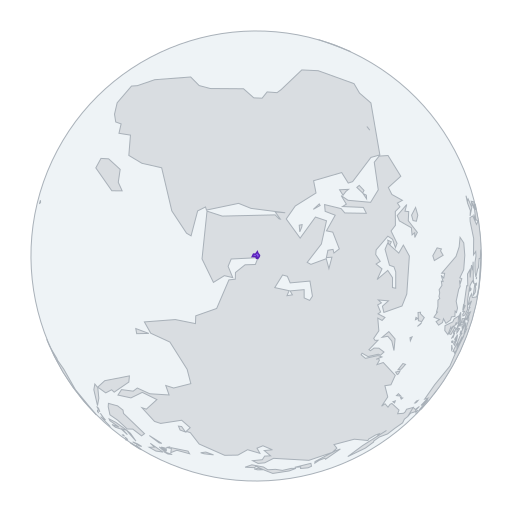 globe centered on Kuwait, rotated 118°
{"feature_id": "KWT", "entity_name": "Kuwait", "entity_type": "country or territory", "adm_level": 0, "iso_a3": "KWT", "parent_name": "Asia", "parent_adm1": "", "projection": "orthographic", "projection_center": [47.815, 29.315], "detail": "fine", "context": "on_globe", "style": "filled", "palette": "violet", "viewbox_px": 512, "rotation_deg": 118, "n_neighbors": 0, "source": "natural_earth", "source_scale": "50m", "svg_char_len": 11243}
<svg xmlns="http://www.w3.org/2000/svg" viewBox="0 0 512 512"><g transform="rotate(118 256 256)"><circle cx="256" cy="256" r="225" fill="#eef3f6" stroke="#a8b0b8"/><path d="M277.3,31.7L284.2,32.5L294.1,34.0L294.5,34.0L290.2,33.5L301.1,35.3L306.7,36.5L304.9,36.1L314.2,38.4L312.9,38.3L316.7,39.6L314.3,39.4L303.7,37.0L301.9,37.0L308.6,38.8L310.5,40.2L300.9,37.5L303.2,39.9L285.7,37.8L262.1,33.1L250.7,34.1L221.7,35.7L222.6,36.4L212.2,38.3L209.4,39.9L204.8,40.4L206.5,41.5L211.2,40.8L213.5,41.2L212.3,42.3L206.3,42.8L206.0,42.4L203.6,43.1L201.1,43.0L201.6,43.7L194.4,44.6L199.6,45.5L192.3,47.8L188.1,47.9L191.1,45.5L188.6,42.1L185.3,42.6L177.5,45.1L157.5,54.2L152.7,56.2L144.4,60.6L145.8,60.2L152.8,56.8L153.4,57.8L162.0,54.1L163.5,54.2L171.3,52.0L167.3,55.1L159.2,59.5L152.6,61.8L148.9,64.1L152.9,64.5L138.4,72.0L125.0,83.1L121.6,85.1L118.9,83.4L124.6,76.1L121.1,76.3L120.5,79.2L111.8,85.2L109.2,87.7L108.0,89.6L110.2,88.7L106.6,91.7L105.9,89.2L109.1,86.4L109.3,87.0L111.9,83.9L111.4,83.4L107.0,87.1L107.9,86.2L120.9,75.7L134.5,66.3L148.9,57.8L163.8,50.5L179.2,44.2L195.0,39.1L211.1,35.2L227.5,32.5L244.1,31.0L260.7,30.8L277.3,31.7ZM31.1,268.4L31.2,270.1L33.4,288.0L35.2,300.1L35.6,302.4L32.7,285.5L31.1,268.4ZM317.6,39.8L319.5,40.3L320.6,40.8L317.6,39.8ZM172.9,50.5L172.1,51.2L171.1,51.3L172.9,50.5ZM177.0,49.0L176.5,48.6L178.3,47.8L178.7,48.1L177.0,49.0ZM318.1,41.2L319.4,42.2L316.2,40.7L318.1,41.2ZM177.3,49.9L181.7,46.6L185.1,45.4L189.1,45.6L177.3,49.9ZM318.9,42.5L322.2,45.7L326.6,46.7L315.9,46.1L316.7,43.3L312.1,41.1L316.6,42.4L318.9,42.5ZM213.2,40.2L208.2,40.9L213.5,39.4L213.2,40.2ZM216.1,39.2L229.3,35.0L236.2,34.9L230.4,36.1L240.2,35.6L237.1,37.6L231.0,38.3L227.2,37.8L228.9,39.0L216.1,39.2ZM309.5,45.5L308.7,46.2L307.5,45.1L309.5,45.5ZM214.9,41.3L216.9,40.3L223.0,40.0L220.0,42.1L219.0,41.5L214.9,41.3ZM244.4,34.7L248.4,35.2L246.9,36.8L248.3,37.3L237.6,37.6L244.4,34.7ZM217.0,42.1L218.4,43.2L214.4,44.4L213.3,42.3L217.0,42.1ZM225.9,39.2L228.6,39.3L226.1,39.9L225.9,39.2ZM200.9,50.1L203.2,48.5L206.6,48.1L200.9,50.1ZM219.1,43.5L220.5,43.1L222.1,42.9L222.1,44.0L219.1,43.5ZM237.3,38.9L235.9,39.6L241.6,38.8L240.8,40.3L233.8,40.4L236.5,41.0L236.2,41.5L230.8,41.1L237.3,38.9ZM227.0,44.5L217.8,45.7L212.8,48.5L209.6,48.8L218.3,44.2L227.0,44.5ZM229.7,42.5L227.3,43.7L224.6,43.2L224.6,42.1L229.7,42.5ZM242.7,41.4L245.8,39.1L247.2,39.2L242.7,41.4ZM226.0,45.4L228.3,45.1L226.0,45.6L226.0,45.4ZM238.2,42.6L239.1,41.7L240.7,41.8L238.2,42.6ZM232.0,45.5L229.0,45.8L228.9,44.9L232.0,45.5ZM235.3,44.3L237.2,44.7L230.6,44.4L235.4,43.8L235.3,44.3ZM239.6,42.9L240.8,42.7L238.9,43.3L239.6,42.9ZM234.1,49.0L225.8,48.9L225.6,46.8L233.7,47.1L234.1,49.0ZM63.2,288.1L57.8,250.4L63.6,241.0L66.9,226.4L108.6,194.1L115.0,200.8L145.0,205.6L148.3,208.8L142.1,219.5L162.5,240.5L172.2,232.6L193.4,244.8L209.1,246.7L219.5,225.4L193.7,221.8L191.8,210.3L214.7,203.9L237.6,207.8L237.6,203.6L225.4,192.7L232.9,185.7L221.4,188.4L224.4,193.1L217.2,195.2L214.0,191.1L216.8,188.6L210.6,185.8L198.9,199.4L200.7,205.6L182.8,205.2L184.1,215.9L178.4,219.6L174.2,203.1L176.3,197.8L166.5,178.6L162.7,184.0L171.7,202.8L167.8,200.6L162.7,209.1L163.6,200.9L154.8,180.0L140.2,179.1L117.7,195.6L110.0,194.2L105.3,186.6L117.6,165.6L133.4,171.3L137.9,164.9L138.1,152.9L142.9,156.0L145.0,152.0L151.3,153.9L163.5,147.3L170.5,148.5L178.6,137.4L183.2,136.8L177.1,143.3L176.6,148.9L194.2,152.8L198.5,151.0L202.4,143.8L206.7,146.2L208.2,138.7L219.9,138.0L206.9,132.9L211.0,125.3L219.8,120.7L218.9,117.5L204.5,125.1L200.8,129.1L201.5,133.8L189.5,145.2L182.8,145.8L186.4,131.3L177.2,131.0L184.0,120.6L218.8,105.0L231.6,103.6L245.8,116.6L241.0,120.8L233.4,118.0L237.4,127.4L238.5,123.3L242.1,125.6L247.0,119.7L249.8,121.1L249.7,113.3L253.7,114.4L253.7,119.3L264.4,112.4L273.5,113.4L274.6,111.3L273.1,108.7L285.7,112.3L285.9,110.5L281.9,108.6L279.7,104.2L280.7,97.9L285.1,99.5L285.3,101.9L292.2,109.9L292.0,116.7L293.9,116.8L295.0,111.3L286.6,101.5L286.0,97.4L290.8,101.4L289.0,99.6L290.1,98.1L295.1,98.2L290.3,93.6L296.0,77.0L306.4,76.4L310.0,81.3L318.6,73.5L329.7,74.6L325.9,72.7L327.5,68.5L324.0,68.0L322.4,66.8L324.9,57.4L328.8,56.9L325.6,51.9L323.7,51.1L320.6,51.1L315.9,46.1L326.6,46.7L330.4,48.4L334.5,48.2L342.7,52.4L351.3,56.3L357.9,62.1L364.1,65.2L365.0,64.8L374.2,69.2L390.0,80.8L373.4,72.9L348.8,58.9L358.5,64.4L355.1,63.8L357.9,66.4L364.8,70.6L366.4,70.6L371.6,83.2L385.9,98.6L387.7,94.4L393.7,96.5L411.6,113.4L426.4,145.5L434.5,151.2L438.2,156.8L438.3,162.9L432.9,154.8L428.6,154.4L425.6,149.3L423.9,157.4L419.4,150.5L420.3,160.8L425.2,164.9L428.4,159.9L431.0,172.5L440.3,178.5L446.7,190.1L448.7,217.9L442.8,231.0L443.6,235.3L438.5,233.5L435.9,244.5L448.6,261.6L449.7,268.0L443.5,285.5L442.7,280.9L429.3,276.1L429.8,292.4L440.0,299.8L443.6,312.6L437.1,312.0L433.0,301.0L428.3,298.8L427.5,285.1L419.5,267.5L412.7,274.9L411.2,266.7L399.3,253.6L388.4,263.6L372.4,291.6L373.6,312.7L366.6,323.6L350.0,297.4L344.1,277.7L337.1,281.1L320.8,266.1L289.8,268.7L286.2,263.4L280.2,266.4L268.9,261.5L263.8,252.6L256.5,253.4L270.3,276.5L278.2,275.8L286.0,266.4L288.2,274.7L299.3,281.2L283.9,302.3L239.4,320.3L236.6,304.5L210.7,258.4L212.3,253.4L212.3,252.8L212.0,251.8L208.1,259.7L204.1,250.5L216.3,282.8L217.7,296.1L238.7,321.3L236.4,323.6L243.6,328.7L268.7,322.8L268.5,328.0L255.7,351.5L222.4,380.7L227.7,400.2L226.9,415.5L208.2,423.6L212.0,434.6L202.7,437.1L203.5,442.8L197.2,447.5L185.9,450.5L164.4,445.7L161.3,440.7L147.9,428.2L128.6,397.7L132.2,386.2L129.6,375.0L114.2,345.5L117.4,332.2L113.8,324.7L105.9,323.2L101.9,314.1L97.3,311.9L70.2,302.9L63.2,288.1ZM91.5,214.6L89.7,218.7L89.6,218.8L91.5,214.6ZM260.3,223.6L275.1,224.6L271.1,210.5L276.5,210.0L273.2,205.6L270.8,209.5L263.1,197.7L270.4,193.8L270.0,187.8L265.0,187.3L252.8,196.6L263.7,213.2L259.2,218.8L260.3,223.6ZM111.9,85.3L111.8,85.6L110.0,87.9L109.5,87.7L111.9,85.3ZM109.8,94.2L104.2,98.9L107.9,95.1L106.1,95.4L111.7,88.3L120.1,85.8L115.3,88.0L109.8,94.2ZM121.6,79.1L117.1,83.3L121.7,78.8L121.6,79.1ZM150.0,130.7L151.0,134.0L146.9,137.8L138.2,137.9L144.0,132.3L150.0,130.7ZM153.4,138.1L159.4,124.6L165.1,124.5L160.9,126.8L164.1,128.1L158.1,132.1L157.7,145.9L154.0,150.3L139.8,147.1L146.5,145.5L145.1,142.0L153.4,138.1ZM164.8,95.5L167.5,91.1L176.3,96.4L172.8,100.0L163.8,99.9L162.7,95.6L164.8,95.5ZM183.6,51.5L184.0,50.6L185.7,50.3L186.7,50.9L183.6,51.5ZM201.7,49.3L183.3,56.0L182.9,55.0L172.6,60.8L167.6,60.7L174.4,56.8L162.8,61.5L166.9,58.0L159.1,61.6L174.9,53.0L178.1,50.5L176.4,53.2L181.0,53.2L184.0,52.5L194.8,48.8L204.0,44.1L210.0,43.9L211.8,45.1L210.5,46.1L207.0,45.8L207.8,47.5L201.7,47.9L201.7,49.3ZM229.4,66.2L225.9,64.1L226.5,70.2L220.4,69.5L220.8,70.3L215.4,71.6L209.6,74.6L207.2,73.8L205.9,75.4L202.3,76.5L199.8,78.5L194.7,78.0L191.2,80.5L190.7,78.8L186.1,83.4L187.3,79.9L182.7,81.3L184.0,84.0L162.5,79.2L152.6,80.9L143.7,84.6L146.9,78.7L157.3,72.0L170.5,66.2L179.6,65.8L179.4,63.6L183.7,62.8L182.0,64.9L187.1,61.4L190.2,61.4L202.0,58.0L207.4,53.6L211.8,52.5L211.2,54.3L216.0,52.0L218.0,54.8L221.2,54.2L226.3,56.7L223.4,61.0L227.2,60.1L231.3,62.3L229.4,66.2ZM235.3,49.7L233.2,54.3L228.8,56.4L221.7,51.3L218.5,51.5L213.8,48.9L220.3,46.1L221.0,47.0L223.2,47.3L220.3,48.0L224.3,47.7L225.5,49.1L228.9,49.3L227.3,50.6L235.3,49.7ZM153.7,205.6L156.6,206.9L161.5,207.7L158.3,213.3L153.7,205.6ZM147.4,191.4L150.3,191.4L148.1,199.2L145.2,198.0L147.4,191.4ZM153.6,185.2L150.6,190.8L150.5,187.1L153.6,185.2ZM179.9,143.2L183.2,143.0L182.8,144.9L180.2,147.1L179.9,143.2ZM229.8,86.4L228.4,84.3L229.8,83.7L231.4,78.5L236.1,78.9L236.9,82.2L229.8,86.4ZM214.1,228.7L208.5,232.3L206.6,230.0L208.9,229.2L214.1,228.7ZM181.3,223.1L187.9,227.3L180.3,224.6L181.3,223.1ZM235.1,85.9L235.2,83.7L237.4,85.3L235.1,85.9ZM239.5,79.0L242.4,80.4L236.8,78.4L239.5,79.0ZM309.7,471.4L311.7,471.7L308.0,472.5L309.7,471.4ZM266.1,413.9L253.4,438.8L242.6,438.7L239.4,431.7L243.3,416.6L255.6,412.2L261.3,404.8L266.1,413.9ZM466.2,323.8L468.1,321.8L467.9,322.8L466.2,323.8ZM464.4,323.5L466.9,320.7L463.6,326.0L464.4,323.5ZM467.9,319.6L470.4,314.6L471.5,311.8L471.1,313.9L467.9,319.6ZM462.5,325.7L450.2,336.4L444.7,338.2L446.5,333.9L455.4,328.0L462.5,325.7ZM446.1,334.2L437.1,331.0L421.3,311.5L427.0,309.1L442.8,317.3L441.9,320.7L447.4,324.4L446.1,334.2ZM465.9,301.1L464.8,310.4L458.5,315.7L455.4,317.1L453.3,307.8L454.5,301.1L457.2,299.1L465.2,271.0L468.5,272.6L466.7,283.5L469.2,288.5L465.9,301.1ZM374.7,314.3L380.6,324.9L376.5,328.1L374.7,314.3ZM466.5,253.8L464.6,265.9L465.7,251.2L466.5,253.8ZM465.9,241.1L467.1,245.2L465.0,242.5L465.9,241.1ZM445.3,241.3L442.6,244.6L441.5,241.6L444.5,235.6L445.3,241.3ZM451.5,200.1L455.0,209.0L455.7,212.5L452.7,208.3L451.5,200.1ZM274.7,89.8L267.3,96.2L265.0,101.9L268.6,106.5L260.4,103.2L263.9,94.3L274.7,89.8ZM293.0,78.2L289.8,74.9L293.2,74.9L294.4,75.7L293.0,78.2ZM289.6,77.2L282.0,75.8L281.5,73.1L287.7,74.6L289.6,77.2ZM258.4,79.9L255.8,81.7L254.1,80.2L258.4,79.9ZM428.0,401.5L427.8,401.7L432.7,395.7L440.1,383.5L441.1,382.6L446.1,372.7L458.9,352.5L469.5,326.8L471.3,322.4L465.2,339.5L457.8,356.1L449.1,372.0L439.1,387.2L428.0,401.5ZM470.8,317.8L474.1,307.2L475.1,304.5L470.8,317.8ZM480.3,277.1L479.9,279.4L479.8,276.8L480.5,271.5L479.4,273.2L480.8,266.0L480.7,272.1L481.0,267.9L480.3,277.1ZM479.4,285.2L479.5,284.1L479.6,283.8L479.4,285.2ZM476.9,287.4L476.7,289.9L476.2,289.5L476.9,287.4ZM477.8,284.3L479.1,282.6L477.5,286.6L477.8,284.3ZM470.7,288.6L471.5,292.8L474.1,285.7L472.1,293.5L473.2,299.8L472.4,304.0L471.4,296.9L470.0,307.7L468.8,309.2L468.7,301.6L470.3,289.5L471.5,283.6L475.8,275.1L470.7,288.6ZM478.0,277.7L477.5,272.5L477.8,267.5L478.4,269.6L478.0,277.7ZM475.0,260.5L472.4,256.0L471.0,261.4L472.8,246.0L475.2,252.8L475.0,260.5ZM471.2,246.9L470.0,251.8L470.6,243.4L471.2,246.9ZM469.2,250.0L468.0,245.1L469.5,244.0L469.2,250.0ZM472.1,245.9L470.6,236.8L472.2,240.9L472.1,245.9ZM464.7,234.7L469.6,238.9L465.0,240.6L460.2,224.4L461.8,221.8L464.7,234.7ZM444.9,157.6L442.0,153.8L442.2,150.8L444.1,154.3L444.9,157.6ZM440.1,139.1L441.2,148.8L441.7,157.4L443.6,157.9L447.6,166.5L442.3,161.6L438.8,150.3L439.2,145.2L435.2,138.6L432.9,132.0L427.0,125.2L424.7,121.0L430.2,125.8L440.1,139.1ZM424.4,122.6L413.3,110.2L415.6,108.3L418.6,110.6L422.7,116.9L421.3,117.5L424.4,122.6ZM411.3,106.8L409.8,107.4L390.3,94.1L386.8,90.9L402.8,99.2L402.2,100.3L406.6,104.2L411.3,106.8ZM311.2,46.8L308.9,46.2L310.8,46.1L311.2,46.8ZM320.4,66.7L318.5,65.0L320.7,64.7L320.4,66.7ZM314.2,60.6L313.0,62.0L312.5,59.8L314.2,60.6ZM310.7,65.6L311.7,62.3L313.3,66.4L310.7,65.6Z" fill="#d9dde1" stroke="#a8b0b8" stroke-width="1"/><path d="M258.2,259.0L257.6,259.0L256.8,259.1L256.2,259.1L255.5,259.1L255.2,258.7L255.1,258.3L255.0,257.9L254.7,257.3L253.7,257.1L253.1,257.0L252.3,256.9L251.6,256.8L252.2,256.2L252.4,255.9L252.9,255.1L253.1,254.6L253.4,254.0L253.6,253.5L253.7,253.3L254.0,253.1L254.4,253.0L255.0,252.9L255.4,252.9L255.5,252.9L255.8,253.0L256.6,253.4L256.5,253.5L256.6,254.0L256.9,254.4L257.1,254.8L257.1,255.0L256.9,255.0L256.8,254.9L256.5,254.8L256.0,255.3L255.7,255.6L256.1,255.8L256.4,255.8L256.6,255.7L256.8,255.8L256.9,256.2L257.0,256.4L257.3,257.3L257.5,257.6L257.8,258.2L257.9,258.4L258.0,258.7L258.2,259.0ZM257.6,254.8L257.4,254.9L257.2,254.8L257.1,254.6L256.9,254.1L257.0,253.9L257.1,253.7L257.3,253.4L257.4,253.6L257.8,254.2L257.8,254.4L257.8,254.5L257.6,254.8Z" fill="#8b5cf6" stroke="#5b21b6" stroke-width="1.5"/></g></svg>